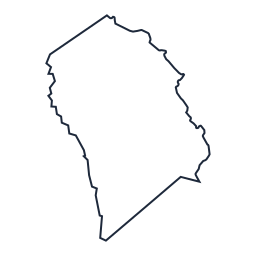 Effingham, Georgia, United States of America
{"feature_id": "52423323B28526478136706", "entity_name": "Effingham", "entity_type": "district", "adm_level": 2, "iso_a3": "USA", "parent_name": "United States of America", "parent_adm1": "Georgia", "projection": "mercator", "projection_center": [-81.266, 32.346], "detail": "fine", "context": "isolated", "style": "outline", "palette": "slate", "viewbox_px": 256, "rotation_deg": 0, "n_neighbors": 0, "source": "geoboundaries", "source_scale": "gbopen_adm2", "svg_char_len": 1769}
<svg xmlns="http://www.w3.org/2000/svg" viewBox="0 0 256 256"><path d="M106.9,15.4L50.0,54.4L46.4,63.3L51.0,67.1L48.5,73.8L52.7,73.9L54.9,81.1L49.8,87.8L51.3,93.5L48.4,95.8L51.9,100.5L51.4,106.5L55.8,106.8L56.9,114.1L61.1,116.5L61.8,122.7L68.2,125.4L69.3,133.5L75.8,135.4L83.9,150.2L85.1,155.6L83.8,156.2L87.6,160.0L89.1,175.2L92.0,186.6L96.8,188.5L95.7,195.3L99.7,215.5L102.0,216.2L100.2,237.9L105.9,240.6L142.6,209.4L180.7,176.9L199.4,181.7L196.7,176.8L195.8,175.1L195.5,174.0L195.9,173.1L198.7,169.0L199.6,165.2L203.2,161.0L205.3,160.2L206.4,159.4L208.9,155.7L209.6,154.3L209.5,153.4L208.6,146.3L208.4,145.4L208.0,144.8L207.4,144.5L203.5,137.6L202.8,136.0L203.0,135.2L204.5,133.0L204.3,130.1L201.5,126.5L200.9,125.8L200.3,125.7L198.9,126.5L198.6,127.3L198.4,127.7L197.8,128.0L197.2,128.1L196.8,128.1L196.5,128.0L196.4,128.0L196.2,127.8L196.1,127.5L196.1,126.7L196.1,126.1L193.6,123.4L190.4,121.1L190.1,120.4L190.2,120.0L190.7,119.2L190.9,118.3L190.7,117.4L189.1,116.0L186.5,112.8L186.2,112.5L187.3,110.6L187.7,107.4L186.3,105.2L182.9,100.3L180.9,98.4L177.0,92.9L175.8,87.4L176.2,86.7L177.3,86.2L178.0,85.6L178.4,85.0L178.6,84.2L178.6,83.8L178.1,83.1L177.8,82.3L177.8,81.6L178.1,80.9L178.6,80.3L179.9,80.1L181.8,78.2L183.8,75.2L184.0,74.7L183.5,74.1L183.1,74.0L181.9,74.4L181.0,74.2L179.0,72.9L174.3,68.1L168.5,61.2L166.2,59.2L164.4,55.8L164.2,54.5L164.4,53.9L165.0,53.3L165.7,52.9L166.0,52.3L165.8,51.1L164.9,50.7L161.8,50.2L160.7,50.2L160.0,50.5L158.8,50.2L149.6,42.5L149.9,41.1L150.5,39.9L150.4,38.5L150.3,38.0L148.8,33.8L148.0,33.0L142.1,30.2L141.7,30.0L140.7,30.1L137.5,30.9L133.0,31.6L129.9,30.8L115.4,23.6L114.8,20.4L114.6,17.8L114.3,17.2L113.6,16.9L113.0,16.8L111.8,18.1L110.7,18.2L110.0,18.0L106.9,15.4Z" fill="none" stroke="#1e293b" stroke-width="2"/></svg>